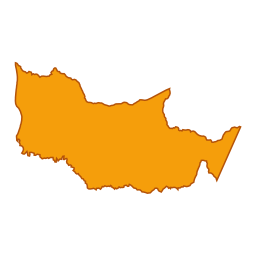 outline of Santa Maria do Tocantins, Tocantins, Brazil
{"feature_id": "56859067B8040117267322", "entity_name": "Santa Maria do Tocantins", "entity_type": "district", "adm_level": 2, "iso_a3": "BRA", "parent_name": "Brazil", "parent_adm1": "Tocantins", "projection": "robinson", "projection_center": [-47.839, -8.802], "detail": "fine", "context": "isolated", "style": "filled", "palette": "amber", "viewbox_px": 256, "rotation_deg": 0, "n_neighbors": 0, "source": "geoboundaries", "source_scale": "gbopen_adm2", "svg_char_len": 5312}
<svg xmlns="http://www.w3.org/2000/svg" viewBox="0 0 256 256"><path d="M216.8,180.5L240.6,126.9L239.5,126.5L238.5,127.1L237.2,127.9L235.6,127.4L234.4,127.1L233.3,127.5L232.1,127.7L231.0,128.9L230.5,129.9L229.7,131.0L228.1,131.4L226.9,131.5L225.9,131.8L225.0,132.7L224.2,133.9L223.4,135.0L222.9,136.4L222.5,137.4L222.1,139.0L220.9,139.7L220.0,140.2L218.9,140.4L217.9,140.5L217.0,141.1L215.7,141.7L214.3,141.9L213.1,142.3L211.8,142.1L211.4,140.9L210.6,139.9L208.7,140.1L206.8,140.0L206.1,138.7L205.7,137.3L204.8,136.6L203.6,136.1L202.0,136.2L200.4,135.8L199.3,135.5L198.2,134.9L196.8,133.8L195.8,132.7L194.7,131.6L193.3,131.1L191.7,131.3L190.6,131.9L190.2,130.5L189.0,129.8L187.8,129.7L186.4,130.0L185.2,130.1L183.9,129.9L182.8,129.7L182.0,130.9L180.7,130.4L179.7,130.7L178.7,130.1L178.7,128.7L178.1,127.6L177.0,127.1L175.7,126.8L174.6,128.0L173.4,127.8L172.4,128.5L171.1,128.3L169.9,128.4L168.7,127.2L168.0,125.9L166.9,124.6L167.1,123.1L166.7,121.4L165.8,120.1L165.8,118.3L164.7,117.1L164.3,116.0L164.3,114.7L163.5,113.4L162.8,112.0L162.7,110.1L162.8,108.6L163.5,106.7L163.7,105.1L163.4,104.0L163.7,102.4L164.5,101.0L165.0,100.0L165.6,98.8L166.6,98.9L167.5,98.5L168.4,97.5L168.7,96.4L169.6,95.1L170.1,93.2L169.9,91.2L169.4,89.8L169.6,88.6L166.1,90.1L153.3,96.9L151.9,97.7L147.6,99.7L145.9,100.2L144.4,100.3L143.4,100.1L142.0,99.9L140.7,99.8L139.7,99.9L138.8,101.0L137.5,101.6L136.6,102.2L135.7,102.9L134.3,103.5L132.7,104.8L131.0,104.8L129.6,104.6L128.3,104.2L127.6,103.3L126.4,102.6L124.6,102.3L123.3,102.5L122.3,103.2L120.9,103.8L119.0,103.8L117.7,103.9L116.5,103.9L115.3,104.1L113.9,105.0L112.5,105.4L111.3,105.5L110.1,106.0L108.9,106.1L107.7,105.6L106.4,105.2L105.2,104.9L103.9,104.4L102.6,103.5L101.4,103.0L99.9,103.0L98.8,102.7L97.6,102.9L96.0,103.5L94.6,103.2L93.7,103.6L92.6,103.3L91.2,102.6L89.6,102.4L88.2,102.4L86.8,101.7L85.9,100.5L85.4,98.9L84.5,97.9L84.9,96.7L84.3,94.8L83.5,93.4L82.9,92.4L82.6,91.2L81.9,90.1L81.4,88.8L80.7,87.4L80.1,86.2L79.9,84.9L79.4,83.9L78.9,82.7L77.9,81.9L76.9,81.1L76.1,80.1L74.5,79.4L72.7,79.8L71.5,79.3L70.8,78.1L69.6,77.9L68.3,77.7L66.7,76.7L65.9,76.0L65.4,75.0L64.2,73.7L62.8,73.7L61.4,73.5L60.2,73.0L59.5,71.6L58.4,71.6L57.3,71.0L56.6,69.5L55.7,68.0L54.6,68.0L53.7,68.9L53.1,70.7L51.9,71.3L51.0,72.6L51.8,74.3L50.1,74.8L49.1,76.2L48.0,76.2L46.6,76.5L44.8,76.3L43.2,76.1L41.6,76.2L39.9,77.2L38.9,76.0L37.9,74.9L36.9,74.2L35.8,74.1L34.7,74.5L33.2,73.8L31.9,74.7L31.7,73.5L31.2,72.2L30.1,71.9L29.0,71.5L28.0,72.6L26.7,73.1L25.3,71.8L23.4,71.3L22.1,70.1L21.4,68.9L20.7,68.1L20.7,66.8L19.7,66.0L18.5,65.6L17.5,64.0L16.7,63.2L15.5,62.8L15.5,65.0L15.8,66.8L16.4,69.4L16.7,71.3L17.2,74.6L17.4,76.9L17.4,79.7L17.3,81.0L17.0,82.6L17.0,84.0L16.7,85.5L16.5,87.8L16.2,89.8L15.9,92.8L15.5,97.4L15.5,98.8L15.4,100.7L15.5,101.9L15.7,103.8L16.7,106.2L17.8,107.3L18.8,108.3L20.5,111.6L20.9,113.1L21.6,115.2L21.9,116.8L21.8,118.5L21.7,120.3L21.1,123.5L20.5,125.2L20.2,127.0L17.9,133.7L16.5,136.0L16.6,137.7L16.7,138.8L16.8,140.4L17.8,141.4L17.9,139.3L18.9,139.2L19.8,140.3L19.4,143.0L20.1,144.1L19.9,145.5L21.6,145.8L23.1,147.3L23.5,149.3L22.9,151.3L21.8,153.1L23.2,154.0L24.5,154.0L25.8,152.6L26.9,151.5L27.5,153.6L27.9,155.6L29.5,156.0L29.9,154.5L29.6,152.5L31.1,152.3L32.7,152.7L34.2,153.3L34.2,155.2L35.5,155.3L37.3,154.2L38.7,154.6L39.9,154.7L40.0,156.8L42.2,158.8L44.4,158.1L45.8,158.4L47.6,157.7L48.7,158.4L50.4,157.5L53.0,157.5L53.4,160.0L54.5,160.4L54.9,161.9L56.1,162.1L56.6,158.4L57.6,159.6L58.1,160.9L60.0,159.0L61.4,159.3L62.3,157.2L62.8,156.3L64.0,156.1L63.8,157.9L63.4,159.4L64.4,159.5L65.6,158.7L66.7,158.5L67.1,159.6L66.6,161.8L67.1,163.3L68.0,164.0L68.7,165.3L70.3,164.9L71.4,165.5L71.1,166.9L72.4,167.2L74.0,167.8L74.2,169.1L73.1,170.5L74.8,171.8L75.7,173.2L77.0,174.0L78.3,173.6L78.7,174.6L79.5,175.5L80.7,176.6L81.9,178.6L83.3,178.9L84.2,180.7L85.5,181.3L85.3,183.0L86.7,183.9L87.2,185.3L87.4,187.9L88.5,188.8L89.9,189.0L92.2,188.7L93.4,188.3L94.7,188.8L96.1,189.8L96.6,188.4L98.9,188.1L100.5,189.2L101.7,187.7L102.3,186.5L103.7,186.8L104.8,185.8L106.6,186.5L108.6,186.1L110.0,186.5L110.6,185.5L111.6,186.2L112.0,187.3L113.3,187.8L114.6,189.1L115.3,188.1L116.7,188.8L118.1,188.1L119.1,186.9L120.2,187.7L121.3,187.4L122.4,187.5L123.7,187.3L124.2,185.7L126.2,185.2L127.6,186.3L128.7,186.2L129.3,184.4L130.3,184.8L132.1,186.2L133.7,187.9L136.1,188.5L137.2,189.9L138.9,189.8L140.2,190.0L141.3,190.9L142.0,191.9L143.5,192.0L145.5,192.5L147.3,193.2L150.3,192.8L151.4,191.7L152.2,190.8L153.9,189.7L155.0,188.3L156.6,188.2L157.6,188.6L158.1,189.7L158.6,190.7L159.8,191.4L161.3,192.0L162.6,190.0L163.2,189.0L164.4,188.2L165.5,187.2L166.4,186.3L167.8,186.9L168.6,188.2L169.5,187.7L170.5,188.6L170.9,187.4L172.2,187.7L173.2,187.4L174.8,187.4L175.8,187.7L176.8,188.4L177.9,189.6L178.1,187.9L180.1,187.9L181.7,186.8L183.0,187.0L183.8,186.0L185.2,186.3L186.7,186.6L188.0,186.3L189.9,185.6L191.1,183.7L193.8,182.2L194.0,180.8L194.3,179.7L194.7,178.4L195.6,176.5L196.6,174.7L196.8,173.0L197.1,171.4L198.7,167.5L199.5,165.8L199.9,164.2L200.1,162.7L200.8,161.9L201.3,160.4L202.7,160.3L203.8,160.4L205.1,160.9L206.5,161.0L206.7,162.3L207.3,163.5L207.0,165.2L207.0,166.5L207.5,167.8L208.4,168.5L208.9,169.9L208.5,171.4L208.9,172.9L210.8,173.0L212.0,173.6L213.2,174.8L214.0,176.2L215.3,177.3L216.2,178.2L216.4,179.4L216.8,180.5Z" fill="#f59e0b" stroke="#b45309" stroke-width="1.5"/></svg>